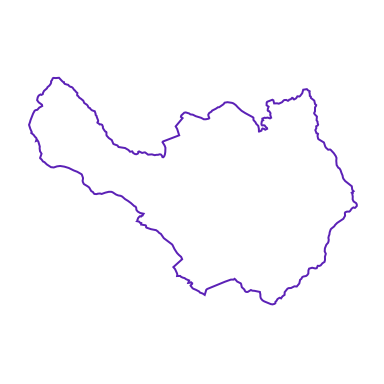 the district of San Francisco, Cundinamarca, Colombia, rotated 92°
{"feature_id": "7082276B70253343693819", "entity_name": "San Francisco", "entity_type": "district", "adm_level": 2, "iso_a3": "COL", "parent_name": "Colombia", "parent_adm1": "Cundinamarca", "projection": "mercator", "projection_center": [-74.284, 4.953], "detail": "fine", "context": "isolated", "style": "outline", "palette": "violet", "viewbox_px": 384, "rotation_deg": 92, "n_neighbors": 0, "source": "geoboundaries", "source_scale": "gbopen_adm2", "svg_char_len": 5959}
<svg xmlns="http://www.w3.org/2000/svg" viewBox="0 0 384 384"><g transform="rotate(92 192 192)"><path d="M86.8,323.8L86.9,324.2L85.5,325.9L82.5,328.9L82.9,332.1L82.8,334.3L83.2,335.1L85.0,335.8L86.3,336.7L87.6,336.6L88.8,337.0L90.6,338.2L92.3,340.1L93.5,340.6L96.1,343.4L98.0,344.3L99.5,344.6L100.2,345.9L99.8,346.8L101.0,348.6L102.8,349.5L105.6,350.0L107.7,348.4L110.0,345.0L111.3,344.7L113.0,347.6L115.2,349.4L115.7,351.3L116.3,352.1L119.1,353.5L125.9,355.9L127.7,356.3L130.6,357.2L134.5,355.8L137.8,354.2L138.6,354.7L140.4,352.3L142.1,351.0L143.5,349.5L144.5,349.1L146.4,349.6L145.8,348.2L147.1,347.3L151.9,345.7L153.7,345.8L156.6,345.3L159.0,343.7L163.3,345.0L163.7,344.8L164.7,343.5L166.7,342.0L167.3,340.5L169.5,338.1L172.1,333.8L172.3,331.0L171.1,327.8L170.6,324.7L171.1,320.5L172.3,316.0L174.6,310.9L175.8,307.4L178.1,303.0L178.5,302.7L181.5,301.5L182.5,301.4L184.5,301.7L185.6,301.5L187.4,300.6L187.9,300.2L189.9,296.6L191.1,294.9L194.5,292.8L195.7,290.8L197.0,290.0L197.4,289.1L197.4,287.1L197.0,286.2L196.7,283.9L197.1,282.2L195.7,278.7L194.7,275.1L194.6,272.8L195.0,271.4L197.2,267.8L198.0,265.6L198.3,263.2L199.0,261.6L201.4,258.7L203.1,255.7L205.3,252.5L208.1,249.2L208.6,247.9L209.8,247.2L211.7,247.0L213.4,245.6L214.8,243.0L215.4,239.6L217.4,240.7L217.4,241.6L218.3,242.1L218.1,243.3L218.8,244.0L219.9,244.9L221.9,245.6L222.6,245.5L223.1,245.9L223.5,243.8L224.5,243.0L224.8,241.6L226.3,241.7L226.9,237.2L227.6,236.7L228.9,236.6L229.2,236.3L230.6,231.6L231.4,226.6L232.5,224.9L234.0,223.4L235.0,221.6L239.1,218.6L245.0,210.2L245.7,209.6L249.5,207.6L253.4,204.9L255.3,203.0L257.2,200.6L259.5,199.5L267.7,208.0L269.7,206.2L273.9,204.1L274.9,203.8L276.5,204.0L276.3,200.9L277.2,199.9L277.9,198.2L278.3,196.4L279.3,195.0L280.5,191.8L283.0,192.6L282.7,190.7L282.2,189.9L283.2,188.6L283.9,188.7L285.1,189.9L285.6,190.2L287.9,188.3L288.6,187.4L289.6,184.7L291.2,181.4L292.2,180.6L293.1,177.8L294.4,175.7L289.2,174.3L288.4,173.4L280.5,155.9L278.2,150.1L278.1,147.3L277.3,146.5L277.9,145.6L279.9,143.8L281.6,140.1L282.3,139.7L285.4,138.9L287.7,136.2L288.7,135.9L289.7,135.0L290.0,134.1L289.9,132.8L287.9,129.7L288.5,128.3L288.6,126.1L289.5,120.7L292.0,120.1L294.1,120.0L295.3,119.7L296.1,119.3L297.8,117.8L298.8,116.0L301.3,109.3L301.5,107.5L300.9,105.6L300.2,104.8L298.9,104.8L297.9,103.8L296.0,102.8L294.7,100.9L294.7,100.2L295.2,99.3L293.1,97.9L291.6,95.9L288.9,95.9L285.3,93.2L284.7,92.1L284.5,89.7L282.7,86.4L282.8,84.0L279.7,81.6L276.0,80.9L275.0,79.7L273.3,78.9L272.6,77.8L272.0,75.2L271.1,74.0L269.5,72.9L266.3,72.9L264.5,72.3L263.5,69.3L264.1,66.2L263.8,64.7L261.4,63.8L261.4,62.0L260.8,60.8L258.7,59.2L257.2,57.1L255.2,56.7L252.1,56.9L249.1,56.1L246.7,57.3L243.6,57.2L240.0,55.9L237.9,54.2L236.3,53.8L234.8,53.7L233.1,54.1L231.0,53.7L229.8,53.2L227.5,53.0L224.6,52.1L223.9,51.6L221.4,48.7L219.8,47.7L217.8,45.8L213.5,39.8L210.4,38.2L207.7,38.5L206.9,38.1L206.2,36.5L206.1,34.1L205.5,33.4L203.0,31.8L201.8,30.2L202.2,28.7L202.1,28.4L200.2,26.8L198.6,26.9L197.4,27.6L195.8,30.2L193.8,31.2L190.9,31.2L188.0,31.8L187.6,31.4L187.4,31.6L187.6,31.8L187.3,32.2L187.0,31.7L186.7,31.8L186.3,31.5L186.4,31.2L185.8,31.1L185.5,30.6L184.7,31.5L183.8,32.0L180.7,32.5L175.7,39.3L173.4,41.2L172.2,41.7L170.3,42.1L167.7,43.3L165.0,44.3L163.3,45.4L162.6,46.7L160.0,48.4L155.9,48.9L152.9,48.8L151.1,49.6L148.3,51.6L145.1,54.8L144.7,55.5L145.0,57.4L143.2,59.5L142.0,60.4L137.9,61.9L135.0,67.1L134.4,67.8L131.6,68.5L129.5,68.1L129.1,68.6L129.0,69.6L125.8,70.9L124.0,70.0L122.0,70.2L121.1,68.7L120.3,68.3L118.6,68.9L117.3,69.0L116.0,70.0L112.2,69.8L109.9,72.2L108.9,72.7L107.1,71.9L103.1,72.0L101.5,71.0L100.8,70.9L99.8,72.1L96.4,73.0L93.8,76.5L92.5,76.6L91.9,77.6L89.4,77.8L88.5,78.2L87.8,77.9L87.2,77.9L86.3,79.7L85.2,80.8L85.9,84.4L89.5,85.3L92.4,87.4L92.8,87.9L92.7,90.0L94.7,91.2L95.9,93.1L95.8,93.7L94.5,94.6L94.4,95.2L95.9,96.6L96.3,98.0L97.4,98.9L97.5,99.4L96.7,101.0L96.9,103.0L97.5,103.8L99.1,105.1L100.7,108.3L100.4,110.0L100.6,113.0L97.5,113.9L97.0,114.9L99.2,120.0L100.2,120.5L102.7,120.5L104.1,118.4L106.1,119.1L107.8,119.2L108.5,118.6L108.6,117.6L110.5,116.3L112.2,116.5L115.0,115.5L115.7,116.6L115.0,119.0L115.4,120.9L115.2,122.0L116.2,124.3L116.8,124.3L117.8,123.4L118.8,124.7L121.4,125.0L122.4,124.8L123.0,124.2L122.8,122.4L123.0,121.7L124.5,120.5L125.4,119.3L126.2,119.1L127.2,121.0L126.5,122.0L126.1,123.7L126.9,124.4L128.3,124.8L129.2,126.8L129.2,127.2L126.4,127.4L123.6,128.1L121.5,130.3L120.2,130.9L118.3,132.7L117.8,133.1L115.7,133.2L115.2,133.7L111.3,141.5L109.1,145.3L106.0,148.9L103.6,151.3L102.0,153.7L101.5,155.3L101.0,159.7L101.6,162.5L103.2,163.6L106.1,167.5L106.4,168.0L106.4,169.0L107.9,171.0L110.0,174.8L111.0,175.4L112.4,177.5L114.0,178.4L115.2,178.3L117.5,177.3L118.1,177.8L118.8,180.6L118.9,182.7L117.5,185.6L116.1,190.9L114.7,193.9L114.5,196.3L113.6,197.6L112.7,201.0L113.0,202.5L115.9,205.4L117.3,205.7L118.5,204.0L127.0,210.6L129.6,209.0L135.8,206.8L142.5,222.7L143.2,223.2L146.5,221.0L148.7,220.1L153.0,220.1L155.4,220.4L156.9,220.9L158.2,221.8L158.2,222.7L156.7,223.4L155.7,224.3L155.5,225.0L155.5,225.8L156.0,227.2L156.1,228.9L156.5,230.5L155.8,233.4L156.2,237.2L154.1,240.2L154.1,241.0L154.7,243.2L153.3,246.3L153.7,247.1L154.9,247.1L155.6,247.6L156.2,248.9L156.1,250.2L155.1,252.1L153.5,253.1L153.9,255.4L152.3,256.9L150.4,260.4L149.6,267.0L148.1,268.1L147.0,271.6L146.6,272.3L142.9,274.0L141.0,277.0L138.6,279.3L137.9,279.5L135.3,279.6L134.9,279.9L134.6,280.8L132.4,282.5L131.0,283.3L129.9,283.3L128.1,284.1L127.5,285.5L127.7,286.7L127.1,287.2L126.1,288.9L125.7,289.0L124.6,288.3L123.8,288.3L120.1,289.9L119.5,289.9L118.3,291.0L117.1,291.1L114.7,292.0L113.9,294.7L112.7,296.3L111.8,296.8L111.1,298.4L109.3,299.3L108.4,300.2L106.8,302.8L104.4,303.9L104.0,304.6L102.9,305.9L101.6,308.0L100.1,309.1L99.6,310.0L99.1,310.2L97.1,310.0L95.6,311.8L94.8,312.3L94.0,313.4L92.0,314.9L91.2,316.1L91.2,316.8L90.6,318.2L89.2,319.5L89.1,320.4L88.4,322.9L87.7,323.6L86.8,323.8Z" fill="none" stroke="#5b21b6" stroke-width="2"/></g></svg>